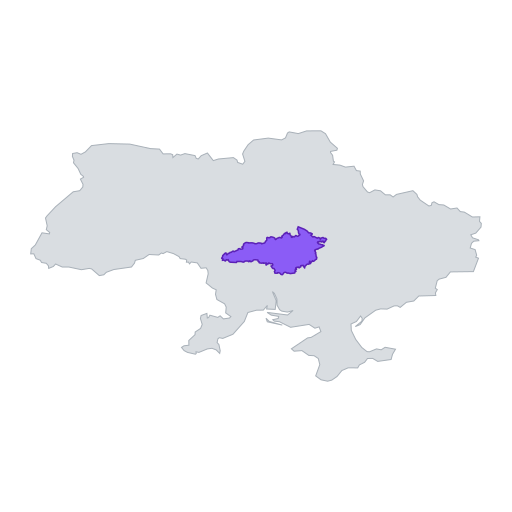 Kirovohrad highlighted on a map of Ukraine
{"feature_id": "UKR-320", "entity_name": "Kirovohrad", "entity_type": "Region", "adm_level": 1, "iso_a3": "UKR", "parent_name": "Ukraine", "parent_adm1": "", "projection": "robinson", "projection_center": [32.137, 48.505], "detail": "fine", "context": "in_parent", "style": "filled", "palette": "violet", "viewbox_px": 512, "rotation_deg": 0, "n_neighbors": 0, "source": "natural_earth", "source_scale": "10m", "svg_char_len": 9440}
<svg xmlns="http://www.w3.org/2000/svg" viewBox="0 0 512 512"><path d="M355.7,339.4L361.8,347.5L367.0,351.6L369.5,351.8L376.5,348.9L381.2,349.8L385.1,347.3L395.5,349.2L392.5,354.3L391.1,359.5L377.7,361.4L372.7,358.4L367.5,358.5L364.6,362.3L359.4,364.9L357.7,367.9L348.2,367.8L341.9,370.5L337.1,376.4L331.8,380.1L327.6,381.2L321.0,379.8L315.7,375.9L319.8,364.6L318.3,358.5L314.1,355.7L308.8,355.4L301.9,350.6L294.1,351.2L291.4,348.8L307.6,337.9L311.1,337.4L320.9,331.6L319.1,326.9L314.9,328.2L309.1,324.4L290.6,327.3L279.4,321.7L274.2,321.1L272.8,319.7L278.2,318.5L278.7,316.4L271.2,315.1L267.1,312.4L287.6,315.0L293.1,310.5L287.4,312.1L281.7,311.1L279.6,309.7L277.1,305.2L276.9,298.9L274.4,293.4L272.4,291.6L276.2,300.7L275.2,309.4L266.6,309.0L267.4,305.4L263.3,310.1L256.5,310.2L247.9,312.5L244.3,321.5L233.0,334.2L222.8,338.4L219.3,337.7L217.9,338.8L217.1,342.6L218.9,344.5L220.2,350.7L219.7,353.4L216.2,349.9L212.0,348.3L207.4,348.9L198.9,352.4L196.0,351.8L196.2,353.6L195.4,354.2L187.5,352.4L184.1,350.6L181.5,347.4L184.0,345.8L188.9,345.2L188.8,340.5L195.0,334.7L195.2,332.0L200.6,328.4L202.2,324.4L200.4,318.5L201.1,315.5L206.9,313.4L207.3,318.0L208.6,317.6L209.9,315.2L217.8,317.4L220.1,315.8L223.4,318.9L229.5,318.0L230.9,316.6L225.7,312.9L226.2,307.1L224.6,303.8L216.9,299.5L215.5,294.3L216.2,289.8L212.3,288.0L206.1,282.9L208.2,273.8L207.8,270.4L206.1,267.8L201.0,268.3L197.3,262.9L191.2,262.0L189.5,263.9L188.5,262.1L186.4,262.2L186.7,260.0L185.3,259.2L180.2,258.6L179.0,256.6L173.5,253.6L166.8,251.6L163.1,253.6L161.4,253.0L158.7,255.0L149.1,254.5L143.3,258.5L135.3,260.3L134.5,263.1L131.5,267.0L113.9,269.5L106.3,272.3L103.8,274.8L99.3,275.6L91.6,268.9L89.2,268.4L81.4,269.7L68.7,267.0L62.2,267.0L55.6,264.0L53.3,266.5L48.7,268.4L48.4,265.8L46.3,263.3L41.6,262.5L40.2,260.2L36.0,258.6L33.8,253.8L30.7,253.9L31.3,248.7L35.3,245.0L42.0,232.8L49.4,233.9L49.7,232.5L46.3,229.7L47.2,225.8L45.5,218.0L47.0,215.9L55.6,206.7L73.2,191.8L79.7,190.7L82.8,187.0L83.0,184.3L80.4,179.1L83.6,177.3L83.4,176.4L80.8,174.3L78.1,168.5L73.5,162.8L74.0,160.2L72.4,156.4L72.6,153.5L77.1,152.7L81.0,154.3L85.4,151.9L91.5,145.6L108.8,143.6L129.8,144.1L150.4,148.6L159.5,149.1L163.1,153.9L170.6,153.8L172.7,154.7L172.9,157.6L176.9,154.1L180.6,155.1L184.9,153.6L195.0,155.6L196.2,158.3L198.2,159.0L201.2,155.7L207.4,153.0L213.3,160.6L218.4,159.0L233.4,157.6L237.0,160.1L237.6,162.4L242.7,164.2L244.9,161.4L242.6,154.0L243.8,151.1L248.1,144.7L253.6,140.0L268.2,138.1L281.6,139.9L285.5,137.9L287.5,133.0L289.2,131.9L298.3,133.6L306.6,130.9L320.9,130.8L325.5,133.7L330.3,142.1L337.4,148.3L336.9,150.2L330.6,151.4L330.5,152.5L332.6,155.3L333.4,161.2L334.5,161.9L333.1,164.5L339.9,165.1L345.4,167.1L354.0,166.2L356.4,170.6L360.2,171.1L360.3,174.0L363.6,180.9L362.4,184.5L363.0,186.7L367.5,192.0L369.6,192.7L374.9,189.9L380.5,190.8L385.3,194.8L390.1,194.8L393.1,197.0L396.5,194.4L412.9,190.7L416.9,194.4L417.6,196.8L420.2,200.1L428.9,206.0L431.3,205.4L432.0,202.7L434.0,201.8L438.9,204.6L443.8,205.0L450.6,209.0L457.0,208.0L460.3,211.6L464.3,212.1L472.4,217.0L479.9,216.8L479.5,221.4L481.3,223.4L481.0,227.1L475.8,233.1L470.8,234.8L472.5,237.8L478.5,239.8L478.9,240.7L473.7,241.2L471.5,243.3L470.2,248.0L475.1,249.6L476.7,255.3L475.7,257.1L478.5,258.2L473.4,271.6L450.4,271.9L446.0,277.3L439.2,279.1L437.2,280.7L435.3,288.2L437.3,289.6L435.4,292.8L435.8,295.5L418.8,296.0L413.8,301.0L406.4,302.3L400.2,307.4L397.4,305.8L394.1,305.9L387.1,309.1L380.6,308.9L375.7,310.2L364.9,317.9L360.1,324.6L355.3,326.6L361.9,321.1L362.2,318.3L360.6,316.0L356.4,321.5L351.0,324.0L351.3,330.4L355.7,339.4ZM282.3,325.1L267.3,321.8L266.0,318.2L269.2,321.4L282.3,325.1Z" fill="#d9dde1" stroke="#a8b0b8" stroke-width="1"/><path d="M298.2,226.8L304.4,229.3L307.2,231.1L307.9,231.9L308.3,232.6L308.6,232.8L310.9,233.0L311.0,233.1L311.2,233.5L312.1,233.7L312.2,233.8L312.2,234.1L311.5,234.3L311.5,234.8L311.4,235.0L311.0,235.2L311.6,235.7L312.2,236.5L313.0,237.0L313.3,236.9L313.6,236.6L314.2,236.6L314.9,236.9L315.6,237.4L316.7,237.8L317.1,238.2L317.3,238.2L317.8,238.0L318.1,237.6L318.5,237.5L319.4,237.9L319.8,238.3L320.1,238.7L320.3,239.2L320.6,239.0L320.8,238.3L320.9,238.1L321.8,237.9L322.0,237.8L322.2,237.7L323.0,237.5L323.7,238.1L324.2,238.3L325.5,238.3L325.9,238.5L326.6,239.3L325.9,240.1L325.7,240.8L325.0,241.5L324.8,241.6L324.4,242.5L324.2,242.7L323.9,242.6L323.9,242.3L323.7,242.1L323.6,241.5L323.4,241.6L323.1,242.0L322.9,241.9L322.9,241.4L322.7,241.2L322.4,241.2L322.2,241.2L321.6,241.8L321.3,242.0L320.9,241.8L320.7,241.3L320.3,241.2L320.0,241.2L319.1,241.9L318.7,241.9L318.4,241.6L318.2,241.6L317.9,241.8L317.5,242.3L317.5,242.5L317.6,242.8L317.7,243.0L318.2,243.3L318.4,243.7L318.6,243.9L320.1,244.1L320.9,244.6L322.5,244.7L322.7,244.8L322.9,245.2L324.0,245.4L324.1,245.6L323.9,245.9L323.6,246.1L322.8,246.3L321.7,247.2L318.9,248.3L318.1,249.0L317.8,249.1L317.7,248.9L315.6,249.6L314.8,250.1L314.7,250.5L314.7,250.8L314.8,250.9L315.2,251.0L315.2,251.4L315.2,251.6L315.8,252.7L315.7,252.9L315.5,253.2L315.4,253.3L315.5,253.7L315.8,253.8L316.0,255.0L316.2,256.9L316.3,257.0L316.7,257.2L316.8,257.3L316.8,257.5L316.5,259.2L316.4,259.3L315.5,259.5L315.1,260.1L313.8,261.2L313.3,261.3L313.0,261.3L312.6,260.9L312.4,260.8L312.1,261.3L311.1,262.3L310.6,263.3L310.4,263.5L310.2,263.3L310.0,262.9L310.0,262.7L310.2,262.2L310.0,261.4L309.9,261.2L309.7,261.2L309.6,261.3L309.3,262.5L309.4,263.2L309.2,263.9L309.0,264.1L308.4,264.2L307.4,264.1L307.2,264.2L306.4,264.7L305.9,265.5L305.1,265.9L304.6,267.8L304.1,267.4L304.0,266.7L303.5,266.2L303.3,265.9L303.2,265.5L303.0,265.3L302.4,265.6L301.3,265.5L300.8,265.7L300.7,266.0L300.8,266.7L300.7,266.9L300.5,267.0L299.7,267.2L299.4,267.8L299.1,267.8L298.8,267.7L298.5,267.5L298.3,267.1L298.1,267.1L297.6,267.2L296.5,267.4L296.0,267.7L295.7,268.0L295.7,268.5L295.8,268.8L296.5,268.9L296.5,269.4L296.4,269.6L295.3,269.7L295.2,269.9L295.1,270.2L295.4,270.7L295.4,271.2L295.7,271.5L294.9,271.9L294.8,272.8L294.7,273.0L290.3,273.6L288.1,273.0L287.1,273.2L286.7,272.8L285.7,272.3L285.3,272.3L284.4,272.4L283.9,272.7L282.7,274.4L282.5,274.6L282.0,274.7L281.0,274.4L280.7,274.1L280.2,273.4L279.0,272.7L277.8,272.7L277.7,272.7L277.6,273.1L277.4,273.2L275.0,273.2L274.8,272.9L274.7,272.1L274.5,271.8L274.4,271.6L274.6,271.3L275.1,270.5L275.0,270.1L274.4,269.3L274.2,268.8L274.0,268.5L273.7,268.4L272.9,268.5L272.6,268.2L272.3,267.9L271.1,266.1L272.2,265.6L272.7,265.2L272.8,264.8L272.8,264.6L272.4,263.7L272.0,263.6L270.9,263.8L270.3,263.5L269.8,263.5L269.6,263.4L269.1,263.0L268.8,263.0L268.2,263.3L268.1,263.5L268.2,263.8L268.0,264.0L267.4,264.1L267.1,263.9L266.8,264.0L266.6,264.2L266.5,264.9L266.2,265.0L265.9,264.8L265.9,264.7L266.2,264.1L266.2,263.5L266.2,263.1L264.5,263.1L263.8,263.3L263.4,263.2L263.1,262.8L262.0,263.2L259.6,262.9L259.3,262.7L259.1,262.6L259.1,261.7L258.4,261.5L258.1,261.3L258.0,260.2L257.6,260.0L256.7,259.9L254.9,259.7L254.4,259.8L253.5,260.0L253.2,260.2L253.0,260.4L252.9,260.8L252.7,261.0L251.8,261.3L251.2,261.7L250.4,261.6L250.2,261.1L250.0,260.9L249.8,260.8L249.3,261.0L249.2,261.2L249.0,261.6L248.7,261.7L248.4,261.5L248.3,261.2L248.0,261.1L245.9,261.0L244.4,261.4L244.2,261.6L243.9,262.1L242.6,262.0L241.5,261.6L240.8,261.5L236.9,261.5L236.5,262.4L236.3,262.5L230.3,262.2L229.4,261.8L228.9,261.2L228.1,259.7L227.2,260.1L226.6,259.7L226.3,259.7L225.5,260.9L225.2,261.0L224.4,260.4L223.8,260.1L222.5,260.3L222.5,260.0L222.9,259.5L222.8,259.1L222.9,258.8L222.7,258.6L221.9,258.5L221.7,258.3L221.7,258.1L222.2,257.4L222.6,256.7L222.7,255.6L223.7,254.6L224.9,253.4L225.4,253.0L225.7,253.0L226.1,253.1L226.2,253.7L226.4,253.9L226.6,254.6L226.8,254.8L227.2,254.6L227.8,254.0L228.2,253.4L229.3,253.2L229.6,253.0L230.2,252.3L231.0,252.4L231.3,252.3L232.0,251.7L232.9,251.1L233.3,251.1L233.8,251.6L234.5,251.6L234.7,251.4L238.0,249.9L238.2,249.1L238.4,248.8L238.6,248.7L239.3,248.6L239.8,248.7L240.0,248.8L240.3,249.1L240.5,249.2L242.3,249.0L242.7,248.8L242.8,248.3L242.8,247.6L241.9,247.1L242.3,246.7L243.4,245.8L243.7,244.8L243.6,244.5L243.5,244.3L243.6,244.1L243.8,243.9L245.1,242.9L246.0,242.5L247.1,242.5L247.9,242.7L248.4,242.7L248.7,243.0L248.9,243.0L250.1,242.8L250.6,242.9L251.9,242.8L254.0,243.2L254.8,243.7L255.1,243.7L256.3,243.7L256.8,243.6L258.0,243.0L259.1,242.9L259.9,243.1L260.8,243.1L261.2,243.2L261.4,243.4L261.7,243.8L261.8,243.8L262.1,243.6L262.6,243.5L264.5,243.0L265.0,242.6L265.5,241.3L266.4,240.6L266.7,240.3L266.8,239.7L266.7,238.1L266.9,237.7L267.1,237.5L267.5,237.4L268.3,237.7L269.8,237.7L270.0,237.6L270.4,237.0L270.6,236.9L271.8,236.9L273.8,237.5L274.5,237.9L274.9,238.3L275.2,239.3L275.4,239.5L275.7,239.5L276.0,239.3L277.0,238.4L277.3,238.2L278.4,237.9L279.2,237.4L279.5,237.5L280.5,237.6L280.8,237.8L281.5,237.9L281.9,237.6L282.2,236.9L282.1,236.6L281.8,236.3L282.1,235.9L283.3,235.1L284.3,233.7L284.5,233.4L285.6,233.6L285.7,233.4L285.6,233.1L285.7,232.9L286.0,232.6L286.8,232.3L287.0,232.3L287.1,232.9L287.5,233.2L287.6,233.5L288.7,233.8L289.0,233.7L289.6,233.3L289.8,233.3L289.9,233.5L289.9,234.4L290.1,234.8L291.1,235.9L291.3,236.5L291.4,237.2L291.5,237.3L292.0,237.4L292.3,237.2L292.4,236.6L292.7,236.4L292.9,236.4L293.5,236.8L294.0,236.9L294.4,236.8L295.1,236.2L295.4,235.7L295.8,235.5L296.2,235.6L297.1,236.2L297.5,236.3L298.1,236.2L298.5,235.8L299.6,235.1L299.9,234.8L299.9,234.5L299.9,234.4L299.3,234.3L299.1,234.1L298.5,232.7L298.4,231.2L298.2,230.4L297.9,229.9L297.3,229.4L297.3,229.1L297.9,227.7L298.2,226.8Z" fill="#8b5cf6" stroke="#5b21b6" stroke-width="1.5"/></svg>